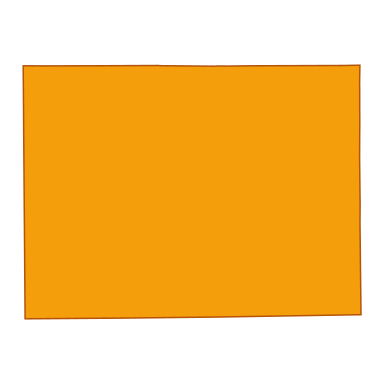 Steuben, Indiana, United States of America
{"feature_id": "52423323B27504102629323", "entity_name": "Steuben", "entity_type": "district", "adm_level": 2, "iso_a3": "USA", "parent_name": "United States of America", "parent_adm1": "Indiana", "projection": "natural_earth1", "projection_center": [-84.924, 41.643], "detail": "fine", "context": "isolated", "style": "filled", "palette": "amber", "viewbox_px": 384, "rotation_deg": 0, "n_neighbors": 0, "source": "geoboundaries", "source_scale": "gbopen_adm2", "svg_char_len": 481}
<svg xmlns="http://www.w3.org/2000/svg" viewBox="0 0 384 384"><path d="M359.7,134.8L359.8,122.4L359.7,108.3L359.7,94.9L359.7,89.8L359.6,83.8L359.9,65.2L348.7,65.4L343.3,65.5L343.2,65.5L250.8,65.8L226.3,66.1L225.7,66.0L217.1,66.0L216.0,66.2L160.0,65.7L158.6,65.5L91.5,65.8L86.5,65.8L44.2,65.9L23.2,65.8L25.1,318.8L122.8,318.1L219.7,317.0L361.0,314.7L360.0,224.8L360.0,221.1L360.1,204.9L360.1,203.9L359.6,158.1L359.7,134.8Z" fill="#f59e0b" stroke="#b45309" stroke-width="1.5"/></svg>